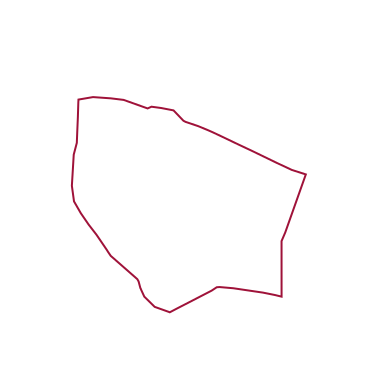 the district of Santo Domingo Yodohino, Oaxaca, Mexico, rotated 63°
{"feature_id": "50627088B73301150640580", "entity_name": "Santo Domingo Yodohino", "entity_type": "district", "adm_level": 2, "iso_a3": "MEX", "parent_name": "Mexico", "parent_adm1": "Oaxaca", "projection": "orthographic", "projection_center": [-97.701, 17.639], "detail": "fine", "context": "isolated", "style": "outline", "palette": "rose", "viewbox_px": 384, "rotation_deg": 63, "n_neighbors": 0, "source": "geoboundaries", "source_scale": "gbopen_adm2", "svg_char_len": 836}
<svg xmlns="http://www.w3.org/2000/svg" viewBox="0 0 384 384"><g transform="rotate(63 192 192)"><path d="M276.4,134.5L270.4,127.3L228.0,82.6L217.7,93.0L215.9,94.4L204.9,103.0L181.4,120.8L177.7,123.7L168.0,131.2L155.7,140.6L148.1,146.5L144.3,149.6L136.0,156.7L126.6,165.9L124.6,167.3L110.9,171.4L103.2,181.3L97.6,189.4L97.4,193.6L78.9,211.1L71.7,221.8L62.5,237.1L58.1,251.2L60.9,252.8L73.3,259.6L85.0,266.2L95.9,272.3L105.0,280.4L131.9,296.2L146.8,301.4L160.4,300.7L174.1,298.9L186.8,296.5L196.2,295.3L204.9,294.2L207.2,294.0L212.0,293.4L244.8,280.3L247.5,280.2L253.6,281.5L253.9,281.6L255.4,281.6L255.9,281.7L263.6,282.0L277.4,277.4L288.3,267.1L289.1,266.4L289.0,259.1L288.8,219.3L288.1,213.2L289.2,210.6L296.5,198.9L302.4,190.6L313.9,174.4L321.5,164.8L325.9,159.7L276.4,134.5Z" fill="none" stroke="#9f1239" stroke-width="2"/></g></svg>